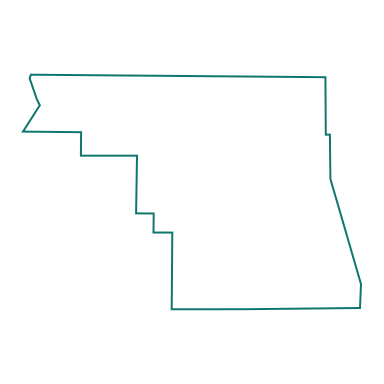 outline of Morgan, Illinois, United States of America
{"feature_id": "52423323B44422856436283", "entity_name": "Morgan", "entity_type": "district", "adm_level": 2, "iso_a3": "USA", "parent_name": "United States of America", "parent_adm1": "Illinois", "projection": "equal_earth", "projection_center": [-90.262, 39.698], "detail": "fine", "context": "isolated", "style": "outline", "palette": "teal", "viewbox_px": 384, "rotation_deg": 0, "n_neighbors": 0, "source": "geoboundaries", "source_scale": "gbopen_adm2", "svg_char_len": 380}
<svg xmlns="http://www.w3.org/2000/svg" viewBox="0 0 384 384"><path d="M360.0,308.0L361.0,284.1L337.4,202.9L330.4,179.0L329.9,134.7L325.8,134.7L325.4,77.2L30.9,74.7L29.6,78.2L36.8,99.2L39.8,105.3L23.0,131.6L81.1,132.2L80.9,155.7L137.0,155.7L136.1,213.4L153.7,213.5L153.5,232.5L172.3,232.6L171.7,309.3L245.9,309.2L360.0,308.0Z" fill="none" stroke="#0f766e" stroke-width="2"/></svg>